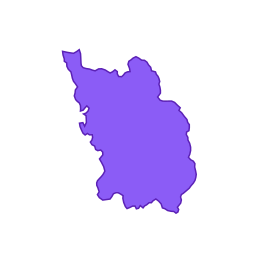 the district of Itumirim, Minas Gerais, Brazil, rotated 334°
{"feature_id": "56859067B44194563776168", "entity_name": "Itumirim", "entity_type": "district", "adm_level": 2, "iso_a3": "BRA", "parent_name": "Brazil", "parent_adm1": "Minas Gerais", "projection": "natural_earth1", "projection_center": [-44.831, -21.28], "detail": "fine", "context": "isolated", "style": "filled", "palette": "violet", "viewbox_px": 256, "rotation_deg": 334, "n_neighbors": 0, "source": "geoboundaries", "source_scale": "gbopen_adm2", "svg_char_len": 2437}
<svg xmlns="http://www.w3.org/2000/svg" viewBox="0 0 256 256"><g transform="rotate(334 128 128)"><path d="M102.8,30.4L101.6,34.0L101.0,38.0L100.0,40.1L101.4,42.6L100.1,45.8L100.1,49.1L101.3,52.6L100.6,55.8L99.8,59.0L99.5,62.1L100.1,64.8L100.7,69.0L97.4,70.7L95.8,73.3L93.8,75.6L93.4,79.5L94.1,81.9L95.2,84.1L95.1,86.9L93.9,89.8L92.7,91.9L95.6,92.3L97.8,91.2L100.7,90.1L101.7,93.1L99.4,95.3L96.7,96.2L94.2,95.9L95.7,98.5L94.6,101.2L93.0,104.8L89.8,107.4L89.8,103.4L86.5,102.4L85.5,105.8L85.3,109.4L85.3,113.0L86.4,115.5L89.1,115.1L90.4,117.3L92.9,118.4L92.1,120.9L90.2,123.1L88.0,124.1L88.3,127.2L90.1,129.6L89.5,133.1L90.9,135.1L93.8,135.8L94.7,138.5L93.6,141.1L88.8,143.3L89.1,147.5L89.2,152.1L88.3,156.6L85.2,158.8L82.9,159.9L80.2,160.9L77.5,162.0L75.8,163.6L74.8,165.8L74.7,168.6L74.1,172.7L71.3,174.5L71.7,178.0L73.7,181.7L77.7,183.0L80.7,184.0L83.4,182.6L86.1,180.7L88.8,180.9L90.8,181.9L92.2,183.8L93.9,186.6L92.5,189.1L91.5,193.1L91.2,197.5L91.8,200.0L94.5,200.2L97.9,200.2L100.1,201.3L100.1,204.3L102.3,204.8L105.0,203.1L106.5,206.4L108.7,205.3L111.1,205.2L114.2,204.4L116.3,205.4L118.6,204.4L121.9,204.0L123.5,207.1L124.5,210.7L123.9,214.9L125.9,216.9L127.4,219.5L130.3,221.8L132.6,223.1L133.8,225.6L136.0,225.4L137.8,223.5L137.7,220.8L139.9,219.8L142.4,218.6L144.4,216.1L145.0,213.0L146.8,211.2L149.2,210.9L152.8,210.0L156.6,209.0L159.4,207.5L162.7,206.1L165.3,204.4L167.4,202.0L169.0,199.6L170.0,196.0L170.8,192.3L172.5,189.4L172.2,186.5L170.4,184.0L169.5,180.8L172.0,178.7L174.4,175.7L175.9,172.6L176.7,168.7L176.6,165.1L177.7,162.6L177.5,159.5L178.9,157.3L181.6,157.1L183.3,154.5L184.6,151.8L184.1,149.2L184.7,146.2L183.7,142.3L182.9,137.8L181.5,134.5L183.8,132.7L182.4,129.2L181.1,125.4L179.0,122.9L176.0,121.5L173.4,120.3L171.1,119.1L169.1,117.2L168.2,113.1L170.2,112.1L172.4,110.9L173.7,108.3L174.6,105.2L175.0,102.1L176.9,100.1L177.5,97.1L177.6,94.6L177.0,92.2L177.3,89.6L174.2,86.9L175.0,83.4L174.1,80.3L173.9,77.1L172.5,74.4L170.0,73.0L168.3,69.9L166.4,67.4L163.1,67.4L160.5,68.1L158.0,68.4L155.9,70.7L155.5,75.0L154.6,78.2L152.1,77.3L149.5,77.2L147.1,78.4L144.8,79.1L142.2,77.6L142.1,74.7L143.1,72.6L141.8,70.0L138.7,70.7L136.1,70.7L134.7,68.7L133.0,65.9L130.3,63.2L127.5,62.0L123.5,62.2L121.5,60.5L119.3,58.2L116.4,56.2L114.1,54.1L113.4,51.6L114.1,49.3L115.3,46.5L116.7,43.3L117.9,40.4L118.5,36.2L115.3,36.8L111.8,37.0L109.3,35.3L106.6,33.4L102.8,30.4Z" fill="#8b5cf6" stroke="#5b21b6" stroke-width="1.5"/></g></svg>